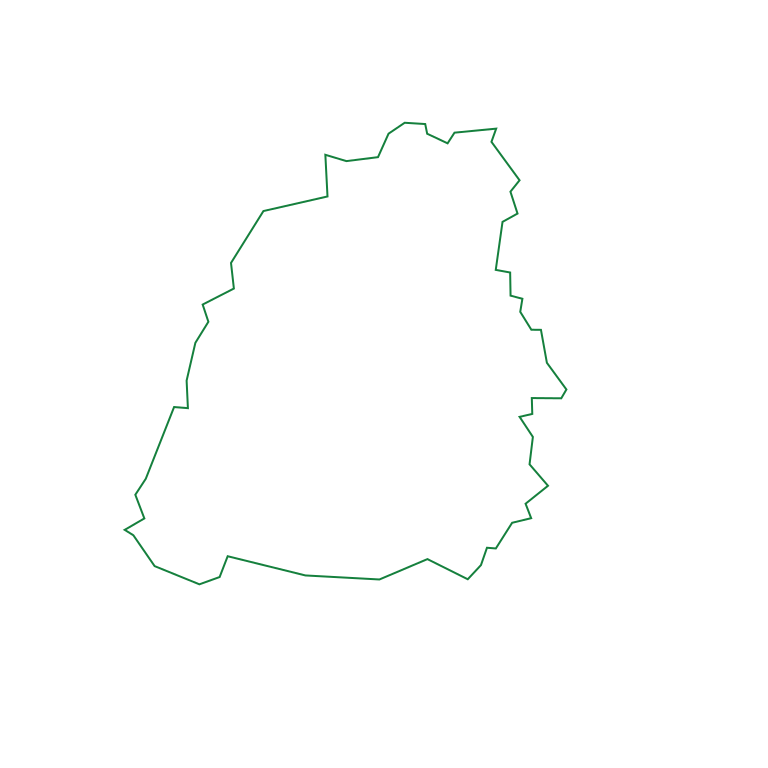 Leslie, Kentucky, United States of America (Albers equal-area conic projection), rotated 32°
{"feature_id": "52423323B44455314704802", "entity_name": "Leslie", "entity_type": "district", "adm_level": 2, "iso_a3": "USA", "parent_name": "United States of America", "parent_adm1": "Kentucky", "projection": "albers", "projection_center": [-83.367, 37.102], "detail": "fine", "context": "isolated", "style": "outline", "palette": "green", "viewbox_px": 768, "rotation_deg": 32, "n_neighbors": 0, "source": "geoboundaries", "source_scale": "gbopen_adm2", "svg_char_len": 897}
<svg xmlns="http://www.w3.org/2000/svg" viewBox="0 0 768 768"><g transform="rotate(32 384 384)"><path d="M232.2,590.6L231.8,609.7L252.0,625.0L241.4,645.1L251.6,645.1L286.0,660.0L333.6,651.7L346.9,634.8L342.7,612.9L418.8,588.0L483.7,552.2L513.6,509.5L558.5,505.2L562.2,486.2L558.1,468.3L566.0,464.2L566.2,433.8L579.9,419.8L567.5,410.5L577.0,383.4L550.0,375.0L538.3,350.0L516.4,340.0L525.6,330.8L516.8,317.6L541.9,302.2L541.6,292.0L510.9,279.7L488.4,254.9L480.2,259.9L461.3,250.6L456.2,238.4L444.5,242.0L431.9,222.6L418.3,228.0L398.6,183.7L406.9,168.7L389.3,153.9L391.0,139.4L346.8,121.7L343.8,108.0L310.6,133.5L310.4,146.2L288.0,148.9L281.2,141.7L263.1,151.5L255.2,169.3L258.7,194.8L234.0,214.9L212.8,220.7L236.7,254.9L190.1,301.2L190.1,362.4L206.1,382.6L188.1,412.7L202.1,424.3L202.2,449.0L214.8,485.7L230.5,508.4L218.2,514.8L232.2,590.6Z" fill="none" stroke="#15803d" stroke-width="2"/></g></svg>